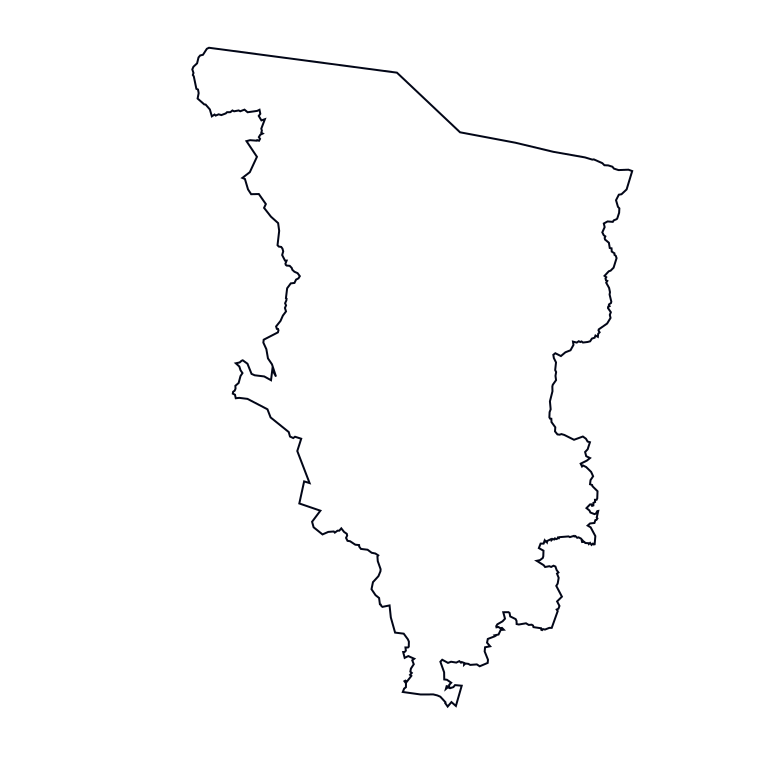 Jiménez del Teul, Zacatecas, Mexico, rotated 97°
{"feature_id": "50627088B83504179997220", "entity_name": "Jiménez del Teul", "entity_type": "district", "adm_level": 2, "iso_a3": "MEX", "parent_name": "Mexico", "parent_adm1": "Zacatecas", "projection": "mercator", "projection_center": [-103.888, 23.148], "detail": "fine", "context": "isolated", "style": "outline", "palette": "ink", "viewbox_px": 768, "rotation_deg": 97, "n_neighbors": 0, "source": "geoboundaries", "source_scale": "gbopen_adm2", "svg_char_len": 6154}
<svg xmlns="http://www.w3.org/2000/svg" viewBox="0 0 768 768"><g transform="rotate(97 384 384)"><path d="M73.4,409.1L71.6,598.7L72.9,600.7L79.3,603.8L80.3,606.5L82.5,607.9L88.5,608.6L92.3,611.8L95.1,612.6L98.5,611.0L100.6,611.4L101.8,610.3L113.9,606.2L114.4,604.5L117.9,603.4L123.4,603.8L128.4,596.5L128.4,595.1L132.7,590.3L139.3,587.5L137.2,585.0L138.1,583.8L136.5,581.0L136.9,578.2L134.7,574.0L133.4,573.0L132.9,569.6L131.0,567.8L131.6,566.0L130.2,561.6L130.8,559.9L128.7,555.9L130.9,552.5L128.4,543.2L127.0,541.0L130.9,539.7L133.2,541.0L137.3,537.8L135.7,534.5L145.5,536.9L147.4,536.1L149.5,536.4L150.2,534.9L151.6,537.1L154.2,538.3L155.8,536.9L157.8,537.7L157.4,539.6L158.0,539.9L158.3,546.6L159.7,550.1L174.0,537.8L190.1,543.0L196.7,549.7L197.5,547.0L207.4,542.7L211.8,539.0L210.7,531.4L219.8,523.2L223.8,524.5L231.7,516.6L237.2,508.7L244.8,506.7L259.2,506.6L260.4,505.2L260.5,502.7L262.0,501.3L264.6,500.2L268.4,500.8L273.6,497.3L273.4,495.7L276.6,496.5L277.7,496.0L278.3,495.1L278.2,492.0L280.1,489.7L281.8,488.9L283.5,486.6L284.5,483.3L287.2,480.7L289.6,481.8L291.1,484.0L294.6,485.2L295.5,488.8L300.8,491.8L310.8,491.8L311.2,491.1L312.9,491.1L315.9,492.0L317.9,490.8L320.6,491.6L323.9,490.1L328.4,492.7L334.0,494.4L340.0,498.1L342.3,497.1L342.3,495.9L343.6,495.3L345.7,495.6L354.7,508.8L357.6,508.8L363.8,505.0L372.7,502.3L378.1,497.6L389.8,492.1L383.5,496.6L394.0,496.6L391.1,503.8L391.1,513.4L390.1,516.7L380.5,522.0L377.7,527.1L378.3,528.2L380.2,529.9L381.5,533.6L384.3,529.7L387.8,528.1L390.4,525.8L393.6,527.4L400.7,528.4L403.9,531.3L406.7,530.8L408.8,531.4L410.1,532.8L412.0,532.9L412.8,530.6L416.2,529.4L415.4,526.0L415.4,517.7L423.3,496.6L431.0,492.5L443.3,472.7L447.6,470.9L448.7,467.5L447.2,465.9L448.4,459.5L461.1,461.9L491.4,445.8L490.4,451.4L512.9,453.5L517.5,431.7L529.5,438.6L534.8,436.4L540.8,426.7L537.6,421.3L536.5,415.9L537.5,414.7L535.2,412.2L535.0,410.5L532.5,408.8L535.7,405.6L537.2,402.7L538.9,402.1L541.4,402.9L544.1,401.1L544.2,398.5L547.0,392.9L546.9,389.1L548.4,388.8L550.5,386.8L550.5,380.1L553.0,375.7L553.3,371.9L554.8,368.8L556.0,369.5L560.6,368.6L568.2,364.8L570.3,364.7L575.4,366.1L582.0,370.8L589.2,371.4L594.6,366.7L597.0,362.8L603.2,361.2L603.3,360.4L604.6,359.6L605.4,358.4L603.1,351.5L614.8,348.8L629.4,342.7L629.4,334.0L634.5,329.2L636.7,327.9L641.7,327.4L642.6,328.1L642.9,330.6L646.0,329.8L647.5,330.9L647.7,332.3L653.3,330.1L651.1,326.8L653.0,320.5L654.8,322.3L658.5,320.3L663.2,322.6L666.3,322.8L667.4,321.2L669.5,322.7L670.4,321.3L676.6,325.0L675.8,326.6L676.5,327.5L678.4,325.7L682.3,325.3L683.9,326.9L687.4,327.8L687.7,310.0L686.1,297.2L686.6,293.1L687.5,290.0L692.4,284.2L693.2,284.4L696.4,281.5L691.5,278.3L694.8,273.4L674.0,270.1L674.2,276.8L676.4,278.2L677.9,281.4L677.3,283.7L679.1,285.4L676.3,285.0L676.3,282.4L674.6,282.6L672.3,280.9L669.9,285.5L669.9,288.2L662.8,289.2L652.8,294.2L650.6,292.6L653.0,286.5L651.5,283.6L651.7,278.3L649.9,275.5L651.2,273.6L650.5,273.0L651.1,270.4L652.9,270.3L651.5,269.1L651.5,266.2L652.3,264.2L651.0,257.7L652.5,254.6L648.2,247.1L645.0,247.2L637.2,251.5L633.0,251.6L631.4,246.7L628.2,250.2L624.4,249.9L620.9,243.3L620.4,242.7L619.9,243.4L618.7,239.8L613.9,238.2L613.3,235.2L611.7,237.2L612.2,238.8L611.2,240.9L611.8,242.7L610.7,243.1L608.7,242.2L605.1,237.4L602.2,235.3L596.0,237.8L595.3,232.7L595.9,231.5L599.3,230.4L601.3,224.7L603.0,223.6L606.1,223.1L606.3,220.9L604.2,213.9L605.5,211.0L604.9,208.1L605.6,206.6L607.1,206.0L607.3,198.3L608.8,197.9L609.0,197.1L607.9,196.3L608.1,194.3L605.9,190.2L605.6,187.8L588.2,183.9L586.8,185.1L585.8,183.5L582.9,182.8L578.7,185.7L573.4,181.5L563.4,188.4L560.9,187.3L555.1,187.0L551.1,189.2L549.8,187.9L547.6,190.0L544.3,191.6L543.7,193.6L545.2,195.8L544.7,197.7L546.0,201.8L544.4,203.4L540.9,210.9L539.8,207.7L537.3,205.2L535.6,204.9L530.0,205.4L528.0,210.3L523.3,209.1L523.0,206.2L520.3,205.6L521.1,205.2L520.0,204.5L521.3,203.0L520.0,203.0L517.6,199.3L518.7,198.8L517.2,197.6L517.6,196.2L516.4,195.5L517.0,194.3L516.2,192.8L515.3,192.7L515.6,191.6L514.7,191.5L512.8,182.3L513.3,180.8L511.6,177.0L512.1,176.5L511.6,175.5L513.1,173.5L512.5,172.2L513.4,169.7L515.1,167.8L515.4,168.6L516.7,168.1L516.3,165.9L517.3,164.8L517.1,161.7L517.9,161.2L516.6,160.1L518.4,158.4L517.0,157.2L517.7,156.3L517.4,155.4L509.2,155.7L501.1,161.4L499.7,164.6L497.3,162.5L496.3,158.2L493.3,157.6L493.0,156.6L491.4,155.8L490.7,156.6L483.9,155.9L484.2,156.8L486.7,157.8L487.5,159.2L486.4,163.5L484.5,164.7L482.5,167.9L478.4,164.8L478.2,163.5L479.6,162.6L479.0,161.4L476.5,161.7L475.4,160.1L473.2,160.5L473.0,158.9L471.6,158.4L464.4,159.0L460.1,164.6L458.9,165.1L458.4,167.3L454.2,167.3L450.1,165.2L446.0,167.7L441.8,173.2L440.6,176.6L441.7,177.4L439.1,179.1L435.3,173.3L432.4,170.5L431.0,174.5L427.0,176.1L424.0,173.9L416.7,172.5L416.3,174.9L413.7,176.9L411.9,180.2L416.2,188.6L412.6,198.8L412.1,201.8L412.9,203.5L412.9,205.7L410.2,208.5L406.1,208.7L401.4,213.1L398.1,213.7L398.1,215.0L396.9,215.8L391.7,216.2L388.8,215.5L381.0,217.2L370.7,215.9L366.0,216.6L364.2,216.4L359.2,213.7L355.0,214.8L351.2,214.6L349.3,215.8L341.6,215.9L337.5,218.6L334.4,219.5L332.6,217.7L334.7,211.8L330.4,207.8L327.8,203.0L322.1,200.7L318.9,201.6L319.4,197.7L317.8,195.9L318.4,194.3L317.7,193.1L318.6,191.6L317.5,187.1L316.5,184.6L313.6,183.2L312.4,180.6L310.1,180.0L311.1,177.5L308.0,177.5L306.4,176.3L304.8,177.6L303.6,177.5L296.8,169.9L290.8,167.2L287.9,168.3L285.1,167.6L281.4,170.9L280.3,171.0L279.2,169.6L278.4,170.5L277.5,170.3L276.0,168.6L274.6,168.4L267.7,171.0L265.3,170.9L261.2,172.3L256.4,175.8L254.5,174.9L254.0,176.3L252.3,177.0L250.9,176.4L249.8,178.3L244.7,174.6L243.9,172.9L240.6,170.3L230.7,168.5L228.5,169.6L227.7,171.0L226.2,171.2L224.8,174.1L221.6,174.7L221.5,176.5L216.4,178.0L213.7,182.2L212.2,182.8L210.5,182.3L209.6,184.0L206.9,185.8L201.4,184.1L197.9,185.4L195.4,181.9L195.2,176.7L193.6,175.9L192.0,173.1L191.0,172.6L185.4,171.5L181.0,171.8L179.6,173.4L173.3,176.1L167.5,174.0L166.7,171.4L161.3,166.9L142.4,163.6L141.5,167.5L143.1,177.3L142.2,182.0L140.5,183.8L139.7,188.1L140.0,191.9L138.2,194.2L135.5,203.1L135.9,204.6L134.6,212.2L132.9,244.3L128.5,283.1L124.9,339.2L73.4,409.1Z" fill="none" stroke="#020617" stroke-width="2"/></g></svg>